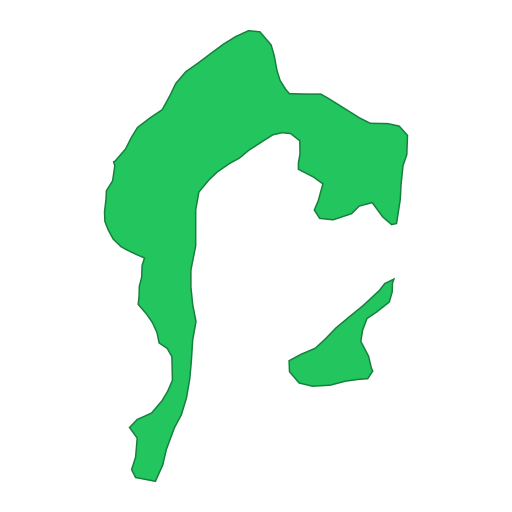 Lankaran District, Lankaran, Azerbaijan (Equal Earth projection)
{"feature_id": "54616110B17009633679109", "entity_name": "Lankaran District", "entity_type": "district", "adm_level": 2, "iso_a3": "AZE", "parent_name": "Azerbaijan", "parent_adm1": "Lankaran", "projection": "equal_earth", "projection_center": [49.011, 39.075], "detail": "fine", "context": "isolated", "style": "filled", "palette": "green", "viewbox_px": 512, "rotation_deg": 0, "n_neighbors": 0, "source": "geoboundaries", "source_scale": "gbopen_adm2", "svg_char_len": 1819}
<svg xmlns="http://www.w3.org/2000/svg" viewBox="0 0 512 512"><path d="M113.6,161.9L114.8,165.7L112.6,180.9L106.4,190.7L106.0,199.3L104.5,212.0L104.9,221.4L108.2,229.9L113.1,239.0L121.2,246.8L127.6,250.3L137.1,254.8L144.5,258.0L142.1,265.4L141.7,277.1L139.3,286.4L139.1,295.6L138.2,304.4L146.6,314.1L152.5,322.7L157.0,332.6L159.1,342.9L167.2,348.4L171.9,356.6L172.1,365.5L172.4,380.4L167.7,391.2L162.1,400.6L151.5,413.1L137.3,419.4L129.5,427.5L137.2,438.1L135.6,457.2L131.6,469.6L135.6,477.5L155.4,481.3L162.7,465.1L166.4,449.3L174.4,427.8L181.4,414.7L186.5,397.8L189.8,378.6L191.3,361.7L192.7,339.9L196.0,321.5L192.7,304.6L190.9,287.0L190.9,270.1L195.7,245.8L195.7,220.0L195.7,209.8L198.9,192.0L208.9,180.0L217.1,172.1L229.0,163.8L239.5,158.0L248.6,150.4L262.6,141.3L272.9,134.8L282.2,132.7L290.7,133.6L299.8,140.8L300.0,154.0L298.4,162.8L298.4,169.3L313.8,177.2L322.9,183.9L318.2,200.9L314.3,210.0L319.7,218.4L333.2,219.8L351.7,213.6L359.1,206.1L372.2,202.6L382.7,216.9L391.6,224.6L396.5,223.5L398.2,212.8L400.3,199.2L401.0,184.9L403.0,165.7L406.8,154.6L407.5,135.4L399.2,126.1L387.7,123.6L370.3,123.3L359.5,117.9L343.1,107.6L328.2,98.3L320.8,94.1L309.0,94.1L289.5,93.7L286.0,89.8L280.1,80.5L277.0,70.6L274.2,55.6L271.1,44.9L259.9,31.8L248.5,30.7L236.0,36.4L223.8,43.9L211.3,53.1L198.0,63.1L185.9,71.6L175.8,83.4L170.2,95.1L162.2,109.7L150.0,117.9L137.5,127.5L131.5,137.2L125.6,148.9L115.2,161.0L113.6,161.9ZM393.9,279.1L384.7,283.6L379.3,290.5L371.6,297.7L362.7,305.9L348.0,317.9L336.1,327.8L325.3,339.0L315.3,348.2L301.2,354.2L289.1,360.7L289.5,371.7L299.1,383.0L312.5,386.2L330.0,385.2L345.9,381.1L358.3,379.4L367.7,378.7L372.7,371.1L371.4,368.1L368.5,356.1L360.8,341.4L362.6,330.2L367.0,318.5L376.5,312.1L389.3,302.0L392.2,291.9L392.5,282.9L393.9,279.1Z" fill="#22c55e" stroke="#15803d" stroke-width="1.5"/></svg>